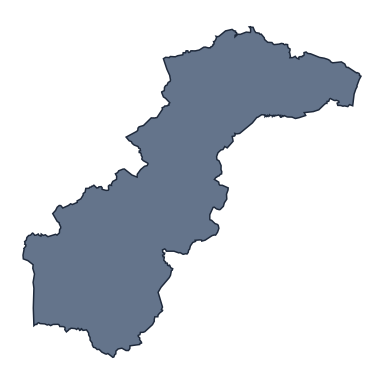 Tha Yang, Phetchaburi, Thailand (Mercator projection)
{"feature_id": "78962969B57494861124372", "entity_name": "Tha Yang", "entity_type": "district", "adm_level": 2, "iso_a3": "THA", "parent_name": "Thailand", "parent_adm1": "Phetchaburi", "projection": "mercator", "projection_center": [99.807, 12.809], "detail": "fine", "context": "isolated", "style": "filled", "palette": "slate", "viewbox_px": 384, "rotation_deg": 0, "n_neighbors": 0, "source": "geoboundaries", "source_scale": "gbopen_adm2", "svg_char_len": 5892}
<svg xmlns="http://www.w3.org/2000/svg" viewBox="0 0 384 384"><path d="M163.4,58.7L166.9,69.2L169.7,75.4L170.5,80.0L170.1,81.4L168.2,82.4L166.9,85.2L165.6,85.6L164.5,87.4L164.3,90.6L161.7,91.9L161.7,92.5L163.4,96.9L165.6,98.3L169.8,102.8L168.8,104.0L169.0,105.0L168.6,105.2L168.9,105.4L167.9,105.2L167.3,105.8L164.6,106.1L164.2,106.8L162.1,107.8L162.5,109.2L157.0,117.5L154.5,118.0L151.2,117.9L143.5,125.5L139.1,126.8L138.0,128.1L137.8,130.2L136.7,131.4L126.1,137.1L129.1,140.7L131.4,141.7L132.2,143.4L134.1,145.0L138.0,146.5L138.9,148.3L140.1,148.7L140.5,150.7L139.2,151.0L139.2,152.5L140.5,152.8L141.2,153.9L141.2,155.3L142.3,157.1L141.8,159.1L143.3,160.7L147.8,163.2L148.0,163.8L147.2,165.6L144.5,166.3L140.7,169.5L137.3,174.2L137.1,177.1L131.9,175.0L124.4,169.0L123.0,169.1L118.7,170.8L117.6,172.6L115.4,173.8L116.7,176.2L116.5,179.4L112.8,181.4L111.3,184.3L111.5,185.4L109.5,185.0L108.4,186.1L108.7,189.6L108.1,190.3L106.0,190.4L102.1,189.3L102.1,187.7L101.2,186.6L98.8,186.9L98.4,187.6L96.8,188.0L93.9,185.2L92.5,186.2L91.8,186.2L91.0,187.1L89.9,187.1L88.9,188.3L85.8,188.4L85.1,192.1L83.2,193.5L83.1,195.2L80.8,198.9L77.1,200.9L77.3,202.4L72.4,204.5L70.6,203.8L68.4,205.5L62.8,208.0L60.8,205.6L59.2,205.5L57.2,207.2L55.6,210.4L52.7,213.6L57.2,221.4L59.3,222.8L59.2,223.6L60.7,226.8L60.7,228.1L59.6,229.6L59.4,232.9L57.0,235.1L55.6,234.3L47.9,236.7L45.4,234.8L43.1,235.4L41.2,234.0L40.9,236.1L38.9,235.2L38.2,234.0L36.3,235.1L34.7,235.3L33.2,233.4L32.4,233.1L30.5,235.2L28.7,235.5L26.9,237.4L26.3,240.1L24.6,241.7L25.1,243.0L24.7,244.2L25.8,244.8L25.8,246.2L23.8,248.6L24.1,249.2L23.0,255.1L23.3,258.9L27.9,260.6L33.1,264.7L32.8,268.4L34.5,274.0L33.1,282.3L33.9,288.2L33.3,308.1L33.9,325.7L35.3,324.5L36.9,324.4L37.3,323.4L38.7,322.7L40.1,323.6L44.8,323.9L47.2,325.0L48.7,324.5L50.7,325.6L53.0,324.4L58.1,324.3L59.1,324.9L59.8,326.5L63.3,326.6L64.7,327.2L65.1,327.8L64.8,329.7L66.4,331.9L68.7,330.0L69.2,329.1L70.3,328.9L71.0,328.2L75.2,328.6L76.7,329.5L77.8,328.3L78.5,328.4L79.7,330.4L80.8,329.9L80.8,329.2L81.5,328.7L83.0,330.4L86.5,329.9L88.6,332.9L88.7,334.9L90.1,337.6L90.1,340.1L92.1,342.9L92.4,345.2L93.5,347.3L95.4,347.8L97.1,349.5L99.2,349.4L101.8,352.1L105.4,353.9L106.4,354.1L107.9,353.5L112.8,357.3L113.8,357.0L114.8,354.5L115.8,353.9L115.9,351.1L118.2,348.9L121.9,348.2L126.0,350.5L128.5,350.5L129.8,348.7L130.0,345.8L139.7,344.5L140.1,343.3L141.5,343.1L141.5,342.3L139.6,339.6L139.8,338.0L138.3,336.5L138.2,335.4L139.9,334.7L140.4,332.4L143.0,332.3L144.8,331.7L152.5,324.6L154.3,321.2L154.2,319.8L154.8,316.8L157.8,316.8L158.1,314.9L159.9,312.8L162.3,311.0L162.6,310.3L161.4,309.6L162.5,307.1L158.1,292.3L161.0,287.3L169.2,277.7L170.5,275.3L171.4,270.5L172.3,270.1L172.7,268.7L170.7,267.7L169.7,265.3L169.3,265.1L168.7,265.7L167.6,265.3L167.3,263.2L165.5,263.0L165.6,262.1L163.8,260.3L164.3,257.0L163.1,256.7L162.6,255.2L164.3,254.7L164.7,253.2L163.7,253.1L163.7,252.7L162.8,252.3L162.5,249.9L164.7,248.9L165.6,249.6L166.4,251.2L174.0,251.2L178.8,252.9L180.1,252.6L183.1,254.3L185.9,253.7L187.0,254.0L188.2,252.4L188.6,250.1L189.5,249.4L190.4,245.9L192.7,242.5L195.5,241.4L195.1,240.3L199.9,239.9L201.7,240.2L201.8,241.1L205.1,240.2L212.1,235.6L214.2,235.0L215.6,235.1L217.5,232.3L218.9,228.3L218.2,225.2L217.1,224.3L215.0,223.6L211.6,220.3L210.1,219.9L209.8,219.3L209.8,214.7L213.1,207.4L214.3,207.2L216.5,208.9L219.2,209.7L220.2,209.5L223.4,206.3L224.3,202.9L226.8,199.1L226.5,194.2L228.0,190.1L228.2,187.9L222.4,185.3L219.8,185.2L219.1,184.4L218.7,182.1L214.4,179.4L215.9,177.4L216.6,177.3L217.5,176.3L219.0,175.9L220.3,174.3L221.6,173.9L221.8,171.7L221.0,169.6L221.1,165.6L219.0,160.8L216.9,159.6L216.6,156.6L218.0,152.7L220.9,150.0L223.0,149.5L224.8,146.5L227.2,147.9L232.7,141.7L233.1,141.2L232.2,136.4L234.6,136.0L235.2,134.9L234.8,133.4L236.8,133.9L239.7,133.4L252.4,122.9L256.8,117.4L257.7,117.3L261.7,114.7L264.6,114.9L264.4,115.2L265.0,115.5L265.0,116.5L265.5,116.0L266.4,116.5L266.7,115.8L267.8,116.4L267.9,115.4L269.1,116.1L269.6,114.9L270.0,115.4L272.3,115.7L272.4,116.3L272.8,115.7L273.3,116.1L273.9,115.3L274.7,116.1L275.3,115.3L276.0,115.6L278.7,115.0L279.5,115.6L280.7,115.3L280.8,116.0L280.0,116.2L280.6,117.2L281.6,117.1L282.3,116.2L282.8,116.3L282.7,115.7L284.0,116.0L284.4,115.6L287.3,117.0L292.0,117.1L295.4,118.5L299.0,117.7L305.7,115.5L304.2,112.6L313.3,111.6L318.8,109.8L324.2,104.6L325.8,103.3L326.9,103.4L327.1,101.4L328.7,101.3L329.6,99.0L330.3,98.5L333.8,100.3L335.1,100.6L336.1,100.2L338.8,101.2L339.0,102.3L337.1,103.2L337.8,105.4L340.8,105.5L342.9,106.2L344.7,105.9L347.8,106.6L349.5,104.6L352.7,105.8L354.1,94.1L355.8,89.1L357.1,86.7L356.9,85.8L359.2,79.6L361.0,76.2L359.5,75.5L359.6,74.3L358.8,73.3L357.0,72.6L356.5,72.9L348.0,67.3L347.3,67.5L346.2,67.1L344.8,64.0L341.4,61.9L332.7,62.8L331.1,62.1L329.7,60.4L327.9,59.4L324.2,58.2L319.5,57.4L310.6,53.8L307.7,53.4L306.1,52.0L304.0,52.6L304.1,54.9L303.6,55.7L302.3,56.0L301.9,56.8L300.0,56.6L298.8,57.2L298.8,59.0L296.6,58.0L295.2,56.3L292.7,57.6L289.9,57.7L290.4,56.3L289.7,52.8L289.2,52.5L290.0,50.5L290.0,48.9L288.3,48.0L287.6,46.1L287.6,44.6L285.7,44.3L284.7,44.7L283.6,44.3L283.3,43.7L281.3,43.4L279.2,44.1L274.3,44.6L273.5,44.4L271.9,42.5L267.7,42.3L264.6,39.5L264.2,37.7L261.2,34.1L260.0,34.3L259.2,33.2L255.8,32.6L254.5,30.8L253.1,27.3L250.7,27.1L250.5,26.7L249.2,26.9L250.6,28.6L250.6,31.9L250.2,32.5L246.2,32.1L240.2,34.4L237.9,34.2L235.0,36.8L235.1,35.3L235.8,35.2L236.8,33.5L236.5,32.6L235.5,32.3L235.5,31.1L233.8,30.7L232.1,29.4L225.5,30.9L219.1,36.2L217.7,36.7L216.0,36.3L216.5,37.4L215.8,39.6L214.4,41.6L213.6,41.6L214.1,43.0L213.8,44.2L213.0,44.5L213.0,45.4L211.9,46.5L211.0,46.7L210.5,47.7L208.5,47.9L205.4,47.1L203.7,47.2L199.3,50.0L195.2,50.9L190.9,50.8L190.2,51.8L188.9,52.6L188.3,52.2L187.8,50.8L186.1,50.8L185.6,52.7L183.2,52.7L182.8,54.8L177.7,55.7L175.3,56.8L170.3,56.5L169.3,57.6L165.7,57.3L163.4,58.7Z" fill="#64748b" stroke="#1e293b" stroke-width="1.5"/></svg>